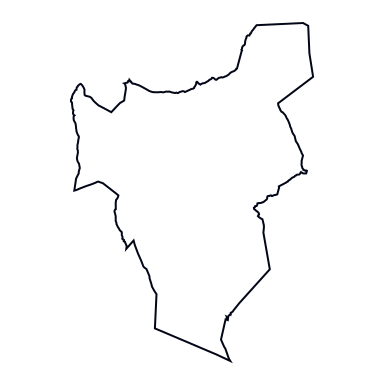 outline of Tingambato, Michoacán, Mexico
{"feature_id": "50627088B49103423158647", "entity_name": "Tingambato", "entity_type": "district", "adm_level": 2, "iso_a3": "MEX", "parent_name": "Mexico", "parent_adm1": "Michoacán", "projection": "equal_earth", "projection_center": [-101.844, 19.506], "detail": "fine", "context": "isolated", "style": "outline", "palette": "ink", "viewbox_px": 384, "rotation_deg": 0, "n_neighbors": 0, "source": "geoboundaries", "source_scale": "gbopen_adm2", "svg_char_len": 5751}
<svg xmlns="http://www.w3.org/2000/svg" viewBox="0 0 384 384"><path d="M263.9,227.6L263.9,225.5L262.8,220.7L262.4,219.2L261.2,218.7L259.2,217.3L258.0,216.3L257.9,216.2L258.3,215.2L258.8,214.9L259.1,214.6L259.1,214.4L258.9,213.6L258.8,213.3L258.6,212.9L257.6,211.8L256.3,210.9L255.5,210.1L254.8,209.6L254.3,209.1L254.1,209.0L254.1,208.9L253.9,207.7L254.9,207.2L255.0,206.6L255.2,206.1L255.6,206.1L256.1,205.9L256.6,206.0L256.7,205.9L256.8,205.5L257.3,204.8L257.4,203.4L258.2,203.1L260.9,203.0L262.2,202.3L263.0,202.3L263.4,202.1L266.5,199.6L267.1,198.7L267.2,197.9L267.2,197.1L267.5,196.4L268.0,196.0L269.6,195.9L270.0,195.6L270.6,195.4L271.1,195.4L271.4,195.7L271.7,196.0L272.2,196.0L272.7,195.7L273.9,195.3L274.4,195.0L275.7,194.9L276.7,194.6L277.3,194.3L278.6,189.3L279.1,187.9L278.8,186.4L286.1,182.6L286.2,182.4L287.9,181.5L287.9,181.2L288.2,180.9L288.6,180.5L289.0,180.2L289.5,180.1L289.8,179.8L290.5,179.2L292.0,177.8L293.8,177.0L294.4,176.7L295.0,175.9L296.0,175.5L296.4,175.0L296.9,174.7L298.8,174.6L299.1,174.5L299.5,174.3L300.3,173.3L300.5,172.7L301.0,172.1L301.2,172.3L301.7,172.5L302.7,173.3L304.2,173.5L306.2,173.4L306.9,170.8L306.4,170.6L306.3,171.1L303.5,169.9L303.6,169.6L302.6,168.5L302.2,167.6L302.1,166.6L302.0,166.4L301.8,166.2L301.5,164.7L301.5,164.1L301.7,162.4L301.6,161.0L303.0,155.5L301.7,153.2L301.2,151.7L299.6,148.3L298.3,145.2L297.5,143.6L296.0,141.5L295.3,139.1L295.0,137.4L294.5,135.8L293.3,134.1L292.5,132.7L291.9,131.1L291.4,129.3L291.2,128.6L290.2,126.6L289.9,125.1L288.9,122.4L288.3,121.0L287.6,119.5L286.8,118.4L285.4,115.3L284.0,113.8L282.6,112.2L282.4,112.1L282.2,112.1L281.6,111.9L281.4,111.6L280.4,110.2L280.2,109.6L280.0,109.2L279.9,108.7L279.8,108.4L279.4,108.0L278.9,106.6L278.3,105.5L278.2,103.7L278.1,103.3L313.1,76.8L309.4,53.3L308.2,25.8L303.0,23.0L256.6,25.2L253.8,28.7L253.2,29.7L251.9,31.1L251.7,31.5L251.1,32.7L250.8,33.5L250.7,33.6L250.2,33.6L250.0,33.9L249.4,35.5L247.8,35.4L247.3,35.7L246.5,36.6L246.4,37.0L246.5,37.7L246.4,37.9L245.9,38.8L245.3,40.8L245.1,42.2L244.9,44.2L244.8,44.5L244.7,44.7L244.4,45.1L243.5,45.4L242.8,46.4L242.5,46.6L242.1,47.6L242.0,48.7L241.8,49.3L241.5,49.7L241.6,49.8L242.0,50.6L241.7,50.9L237.0,68.5L236.8,68.5L236.3,68.7L236.2,68.9L236.1,69.2L236.0,69.5L235.7,69.7L235.3,70.2L234.9,70.4L234.7,70.7L234.2,71.0L233.2,71.4L231.3,72.2L229.7,73.4L229.0,74.3L228.5,74.7L226.3,76.1L225.3,76.5L224.7,76.6L223.6,77.2L222.3,77.5L221.6,77.2L221.3,77.2L220.2,77.6L219.0,77.8L218.5,78.1L216.7,79.6L216.4,79.8L216.2,79.8L215.4,79.6L215.1,79.3L214.7,78.9L213.4,77.9L212.8,77.8L212.1,77.9L211.9,77.9L211.5,78.7L211.0,79.2L210.1,79.5L209.2,80.0L208.6,80.6L208.3,81.0L207.6,81.3L205.3,82.7L204.8,83.0L202.4,83.4L200.9,84.2L200.6,84.5L200.4,84.6L200.0,84.2L199.5,84.1L198.9,83.7L197.1,81.8L196.7,81.8L196.5,82.0L196.3,82.3L196.2,83.9L196.0,84.2L195.4,85.6L194.6,86.9L194.2,87.2L194.1,87.3L194.1,87.8L194.1,88.0L193.3,88.6L193.0,88.7L191.7,88.9L185.3,91.9L184.8,92.0L184.2,91.5L183.5,91.2L182.6,91.2L181.2,91.6L180.8,91.7L179.7,92.0L178.2,93.0L177.7,93.1L176.2,92.6L175.6,92.9L175.0,93.0L172.2,92.5L169.1,91.5L168.7,91.7L165.9,91.6L164.5,92.1L163.2,92.3L162.5,92.3L161.3,92.0L158.8,92.2L157.8,92.3L154.4,92.2L152.6,92.1L150.1,91.3L148.8,90.7L146.6,89.4L141.7,86.7L139.8,85.7L137.8,84.9L136.6,84.6L135.3,84.0L133.1,83.6L132.5,83.6L131.5,82.6L131.4,82.1L131.3,81.9L130.5,81.2L129.4,79.8L129.3,80.2L129.3,80.6L129.1,80.4L128.7,80.6L128.0,81.2L127.8,81.7L127.8,82.4L127.7,82.5L124.3,83.4L124.9,83.8L125.1,84.2L125.3,85.1L125.9,87.4L125.9,88.2L125.9,89.1L124.6,96.9L124.2,100.5L122.8,101.4L120.0,103.0L116.8,106.3L111.3,112.2L104.3,108.4L98.5,105.4L95.7,102.9L93.6,100.9L91.4,97.9L89.8,96.8L85.5,95.7L84.6,94.9L84.4,92.4L84.5,89.6L83.5,87.3L82.1,85.2L80.8,83.9L79.8,84.2L78.8,85.0L78.5,85.3L77.9,85.9L77.7,86.6L76.8,87.3L76.6,88.4L76.5,89.7L75.8,89.9L75.2,90.5L74.6,91.4L74.2,92.7L73.4,93.4L72.7,94.8L72.1,96.5L71.9,97.5L72.0,98.4L71.4,98.7L70.9,100.2L71.0,101.3L71.2,101.9L71.7,102.2L72.1,102.9L72.0,103.7L72.6,109.0L73.1,109.6L73.5,110.3L73.2,110.9L73.1,111.5L73.0,113.0L73.2,114.1L73.6,114.8L74.5,115.4L74.0,115.9L73.6,116.8L73.6,118.3L73.7,119.8L74.1,120.8L75.5,123.4L76.0,126.7L76.1,128.2L76.6,131.7L77.5,134.1L78.2,135.5L78.8,136.3L78.9,137.2L78.3,140.0L78.1,140.8L78.2,141.7L78.1,142.1L77.5,144.7L77.4,146.0L77.5,147.2L77.3,148.3L77.3,149.0L77.7,149.7L77.7,150.3L77.9,151.3L77.9,152.5L77.7,153.8L77.2,156.3L76.9,158.5L77.6,161.4L78.3,162.6L79.0,163.7L79.8,168.0L79.3,169.8L78.9,171.0L78.7,172.4L78.7,173.5L77.4,175.9L76.1,178.6L74.3,190.6L76.7,189.9L79.4,188.7L86.1,186.1L91.2,184.4L95.3,182.8L97.2,181.9L98.2,181.6L103.1,183.3L103.9,184.0L115.6,193.1L118.4,195.4L118.0,197.0L117.3,198.5L116.1,199.9L115.7,202.9L115.8,209.2L115.1,209.6L114.4,211.2L115.0,213.4L115.7,216.1L115.7,221.0L116.4,222.6L116.5,224.2L118.0,227.2L118.7,228.2L119.7,230.1L121.8,232.2L121.8,235.1L122.5,236.8L122.5,237.7L122.3,238.3L122.3,238.8L123.9,239.8L124.0,240.1L123.6,240.9L123.7,241.3L125.0,241.8L125.3,242.9L126.7,246.1L126.3,248.8L133.6,240.5L134.3,243.1L134.8,245.0L138.1,253.8L141.1,260.5L143.4,266.5L144.2,267.4L146.5,269.1L149.4,276.1L149.5,277.3L149.6,278.4L151.4,284.1L152.0,286.6L154.2,290.7L156.5,294.2L154.9,328.4L211.7,352.5L215.8,354.2L230.3,361.0L228.8,358.5L225.4,348.8L224.5,347.3L224.1,346.7L221.0,339.6L225.2,321.0L225.4,320.6L225.6,319.4L226.8,319.7L227.8,320.1L228.0,319.0L227.9,317.9L227.8,317.7L227.0,318.2L226.8,318.2L226.7,318.1L226.7,317.5L226.9,316.9L226.8,316.7L227.2,316.9L227.6,317.0L227.9,316.9L228.2,317.0L228.3,316.3L229.4,315.0L229.7,314.8L229.9,314.9L230.5,314.5L230.6,314.2L230.7,314.3L230.8,313.9L230.6,313.2L230.7,312.9L231.0,312.9L233.0,311.3L233.2,310.8L234.6,309.0L239.5,302.9L269.8,269.3L263.4,232.7L263.9,227.6Z" fill="none" stroke="#020617" stroke-width="2"/></svg>